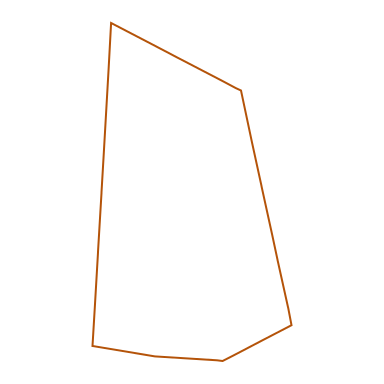 Saku, Eastern, Kenya
{"feature_id": "3690345B97968692323011", "entity_name": "Saku", "entity_type": "district", "adm_level": 2, "iso_a3": "KEN", "parent_name": "Kenya", "parent_adm1": "Eastern", "projection": "equal_earth", "projection_center": [37.99, 2.373], "detail": "fine", "context": "isolated", "style": "outline", "palette": "amber", "viewbox_px": 384, "rotation_deg": 0, "n_neighbors": 0, "source": "geoboundaries", "source_scale": "gbopen_adm2", "svg_char_len": 534}
<svg xmlns="http://www.w3.org/2000/svg" viewBox="0 0 384 384"><path d="M272.2,234.9L261.7,187.1L261.4,185.5L251.9,142.0L241.0,90.5L235.8,88.1L223.8,81.7L178.0,57.9L177.6,57.7L160.1,48.5L111.1,23.0L108.6,69.1L103.5,158.2L101.5,192.3L101.5,193.0L98.0,251.9L98.0,252.4L97.9,254.3L94.8,307.5L92.5,346.0L153.1,356.1L154.9,356.4L217.1,360.3L222.6,361.0L233.0,355.7L263.0,340.0L263.4,339.8L273.6,334.5L291.5,325.2L288.2,307.9L287.9,306.7L277.9,261.6L277.7,260.8L277.5,259.7L272.2,234.9Z" fill="none" stroke="#b45309" stroke-width="2"/></svg>